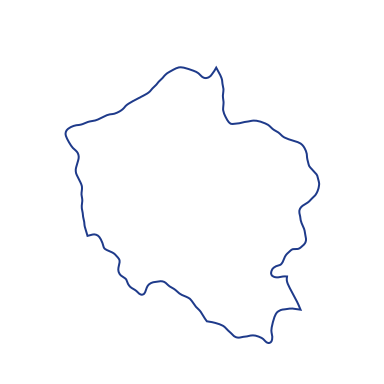 outline of Guayabal, Azua, Dominican Republic, rotated 17°
{"feature_id": "3306468B24687357743066", "entity_name": "Guayabal", "entity_type": "district", "adm_level": 2, "iso_a3": "DOM", "parent_name": "Dominican Republic", "parent_adm1": "Azua", "projection": "mercator", "projection_center": [-70.748, 18.718], "detail": "fine", "context": "isolated", "style": "outline", "palette": "blue", "viewbox_px": 384, "rotation_deg": 17, "n_neighbors": 0, "source": "geoboundaries", "source_scale": "gbopen_adm2", "svg_char_len": 4100}
<svg xmlns="http://www.w3.org/2000/svg" viewBox="0 0 384 384"><g transform="rotate(17 192 192)"><path d="M330.2,272.8L327.2,269.2L324.7,266.4L313.7,255.4L310.5,251.9L309.4,250.4L308.5,248.8L308.0,247.3L307.6,245.0L305.7,245.5L303.9,246.1L299.2,248.5L297.4,249.0L295.6,249.2L293.9,248.9L293.0,248.6L292.3,248.0L291.7,247.2L291.3,246.4L291.1,244.6L291.3,242.8L291.5,241.9L292.4,240.3L294.1,238.4L297.4,236.1L298.0,235.5L298.4,234.8L298.7,234.1L299.2,232.4L299.8,226.7L300.3,224.8L301.0,223.2L303.6,218.8L304.7,217.5L305.4,217.1L309.9,215.5L311.2,214.5L312.2,213.2L314.4,209.6L315.0,208.0L315.2,207.1L315.2,205.2L314.7,203.4L312.7,199.5L311.0,196.1L309.9,194.4L305.9,189.7L304.2,187.2L302.6,183.8L300.9,180.8L300.3,179.1L300.1,178.2L300.2,176.3L300.8,174.5L301.8,172.8L305.7,168.3L306.8,166.7L308.5,163.3L310.7,159.3L311.0,158.5L311.5,156.6L311.8,154.6L311.9,151.6L311.7,149.6L311.4,147.7L311.1,146.7L310.3,145.1L307.1,139.9L305.9,138.7L297.8,133.9L296.5,132.9L295.5,131.6L292.8,127.1L292.0,125.5L290.6,122.0L288.9,119.4L286.9,117.2L285.3,115.8L283.6,114.7L281.7,113.9L278.6,113.4L269.0,113.3L264.9,112.9L263.8,112.7L262.0,112.1L258.8,110.5L257.1,109.8L252.4,108.7L250.6,108.1L246.6,106.1L244.9,105.5L241.9,105.0L236.9,104.7L232.9,105.0L230.0,105.7L228.4,106.4L225.2,108.1L221.8,109.7L217.2,112.4L210.9,115.1L209.3,115.4L208.4,115.2L206.8,114.5L204.6,112.8L201.8,110.0L199.8,107.7L198.2,105.2L197.7,104.3L197.2,102.5L196.4,98.7L195.9,96.8L194.1,92.8L193.4,91.0L192.5,86.3L192.0,84.4L189.5,79.6L188.0,76.1L186.9,74.4L184.9,72.0L178.8,66.0L178.0,69.5L176.6,73.7L175.9,75.5L175.4,76.2L174.3,77.6L172.8,78.6L172.0,79.0L171.1,79.2L170.2,79.3L168.3,79.0L166.8,78.3L163.7,76.7L162.8,76.4L160.9,75.9L157.9,75.6L152.8,75.4L147.8,75.5L144.8,76.0L143.0,76.7L140.6,78.4L138.4,80.5L135.6,83.4L133.6,85.6L132.5,87.3L131.6,89.0L130.5,91.6L127.9,96.3L126.5,99.8L123.9,104.5L122.4,108.0L121.4,109.6L120.2,111.1L118.2,113.2L108.9,122.4L105.6,126.0L104.4,127.5L103.4,129.1L102.3,131.7L101.4,133.3L100.3,134.8L99.1,136.2L97.1,138.1L94.9,139.8L93.2,140.7L90.7,141.8L88.2,143.4L86.0,145.4L80.8,150.2L78.5,151.9L73.5,154.5L71.9,155.5L67.6,159.0L66.1,160.0L64.4,160.9L61.8,162.0L59.5,163.4L57.3,165.2L56.1,166.5L54.9,168.0L54.1,169.6L53.9,170.6L53.8,171.5L53.9,172.5L54.1,173.5L55.0,175.2L56.9,177.5L59.7,180.3L62.8,183.0L65.2,184.7L68.6,186.3L70.2,187.2L71.5,188.3L72.6,189.8L73.4,191.5L73.8,193.4L73.9,195.4L74.0,202.4L74.2,204.3L74.8,206.2L75.7,208.0L76.9,209.5L82.5,215.4L83.8,216.9L84.9,218.5L85.3,219.4L85.9,221.2L86.6,225.0L87.1,226.8L89.1,230.9L89.7,232.6L90.6,237.4L91.2,239.2L91.5,240.0L93.6,244.0L95.1,247.5L97.7,252.2L98.8,254.9L99.6,256.5L104.9,264.5L109.3,261.8L110.9,261.1L112.8,260.9L114.7,261.2L116.5,262.1L118.7,264.0L121.3,267.0L123.7,270.6L124.3,271.2L125.0,271.7L125.8,272.0L127.5,272.4L133.2,273.1L135.0,273.5L136.7,274.2L140.4,276.4L141.7,277.4L142.3,278.0L142.8,278.8L143.3,280.4L143.8,285.9L144.2,287.8L145.0,289.5L145.5,290.2L146.7,291.5L148.2,292.5L149.0,292.8L153.2,294.1L154.6,294.8L155.1,295.4L157.7,298.6L159.0,299.7L160.5,300.7L162.3,301.4L166.0,302.3L167.7,302.9L171.3,304.7L172.9,305.0L173.7,305.0L174.5,304.7L175.2,304.2L175.8,303.6L176.1,302.9L176.5,301.3L176.7,296.8L177.0,295.0L177.7,293.2L178.2,292.5L179.4,291.1L180.8,290.0L181.6,289.5L188.0,286.5L189.8,286.1L191.7,286.1L193.4,286.6L196.5,288.1L198.2,288.8L202.9,289.9L204.7,290.5L209.6,292.7L212.4,293.4L217.3,293.9L219.2,294.2L221.1,294.7L222.0,295.2L223.7,296.3L229.3,300.6L233.5,302.8L235.2,303.9L241.4,309.3L244.0,311.3L249.2,310.6L252.5,310.4L256.9,310.4L260.2,310.8L261.2,311.0L263.0,311.7L267.0,313.9L270.4,315.5L274.2,317.5L275.9,317.9L276.9,318.0L278.7,317.8L280.3,317.2L283.4,315.5L286.8,314.0L289.9,312.2L291.6,311.5L292.6,311.2L294.7,310.8L298.0,310.8L301.2,311.2L303.1,311.8L306.0,313.4L307.4,314.0L309.0,314.1L309.8,313.9L310.5,313.4L311.1,312.8L311.5,312.0L311.7,311.2L311.7,309.5L311.1,306.9L309.1,303.0L308.4,301.3L307.8,298.2L307.4,292.8L307.4,287.5L307.8,284.4L308.4,282.4L309.4,280.9L311.3,279.0L312.9,278.0L315.4,276.9L319.4,275.0L322.1,274.1L330.2,272.8Z" fill="none" stroke="#1e3a8a" stroke-width="2"/></g></svg>